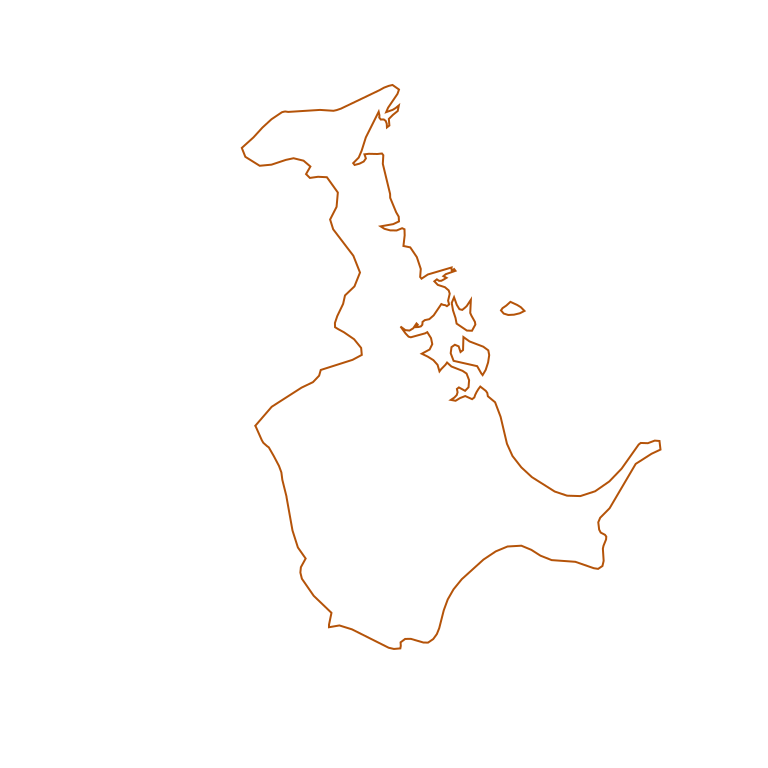 an SVG outline of Chiriquí, rotated 232°
{"feature_id": "PAN-1332", "entity_name": "Chiriquí", "entity_type": "Province", "adm_level": 1, "iso_a3": "PAN", "parent_name": "Panama", "parent_adm1": "", "projection": "natural_earth1", "projection_center": [-82.256, 8.459], "detail": "fine", "context": "isolated", "style": "outline", "palette": "amber", "viewbox_px": 768, "rotation_deg": 232, "n_neighbors": 0, "source": "natural_earth", "source_scale": "10m", "svg_char_len": 3961}
<svg xmlns="http://www.w3.org/2000/svg" viewBox="0 0 768 768"><g transform="rotate(232 384 384)"><path d="M129.1,465.3L126.9,465.2L124.8,463.3L121.4,457.4L119.5,455.1L109.4,448.2L106.1,444.1L106.5,438.9L109.7,435.9L126.1,425.3L142.0,407.7L152.4,401.6L162.6,398.0L172.0,392.7L179.9,381.3L183.3,369.0L184.4,354.3L182.3,325.1L179.4,312.4L175.0,301.6L168.9,291.8L157.6,277.2L154.4,271.7L152.7,265.8L153.1,259.5L156.0,255.9L166.7,248.2L170.1,243.7L170.2,238.0L167.3,236.0L165.6,234.1L169.1,228.7L173.3,225.3L210.4,207.7L221.2,200.2L226.2,190.9L228.2,192.5L236.0,201.7L260.4,198.2L281.1,199.4L286.9,202.0L290.8,205.7L294.7,214.8L308.2,215.5L324.9,221.7L354.8,237.5L355.4,237.9L371.1,244.9L377.5,248.7L384.1,250.8L395.2,252.8L405.0,254.2L407.0,253.6L412.0,252.7L414.9,253.1L429.7,256.8L430.3,256.8L435.2,281.5L431.9,316.8L429.2,329.2L430.5,338.0L434.0,342.8L422.4,374.1L420.6,384.4L426.5,388.2L437.7,388.0L449.4,384.3L455.4,381.7L458.9,380.4L462.3,382.9L466.3,389.0L472.3,401.1L477.8,407.8L479.1,420.8L486.6,433.7L503.9,438.8L537.2,439.2L546.8,442.8L552.8,455.7L563.3,465.5L582.1,466.3L587.9,459.6L592.0,452.5L597.4,451.8L600.7,459.9L609.5,458.1L617.6,451.7L621.0,444.7L626.1,430.4L632.5,420.4L648.4,414.6L657.6,417.3L658.7,433.0L660.9,446.0L661.9,458.3L661.0,470.9L660.1,473.0L659.5,474.0L657.4,476.0L639.4,502.3L630.4,512.4L629.0,515.3L627.5,519.6L618.3,561.4L617.5,566.5L616.0,571.3L614.4,574.8L607.2,577.0L606.8,577.1L604.3,573.2L599.2,557.3L596.9,553.1L594.7,559.6L594.3,563.0L594.4,567.2L590.7,562.9L590.6,556.8L589.9,551.0L584.4,547.4L584.4,544.3L587.4,546.4L590.3,547.3L592.6,546.7L594.4,544.3L596.9,544.3L598.1,545.5L598.9,546.0L601.8,547.4L589.5,521.5L581.6,510.0L578.0,503.5L577.0,495.7L574.7,495.7L572.7,500.4L571.8,505.0L572.9,508.6L577.0,510.0L574.8,513.7L569.3,520.4L566.9,524.3L564.7,524.3L558.2,518.6L530.0,505.8L526.9,503.5L511.8,499.3L506.8,498.6L502.9,495.9L504.3,489.7L510.3,478.4L506.0,479.9L501.2,483.5L497.2,488.5L495.6,494.2L493.3,495.4L488.4,491.8L480.8,484.3L475.5,488.8L463.8,488.0L452.0,483.8L446.1,478.4L443.9,478.4L443.3,486.0L434.2,509.0L433.5,508.3L431.9,507.3L431.4,507.2L431.4,510.0L429.2,510.0L432.5,500.3L432.4,497.2L429.2,498.6L429.6,495.2L430.1,492.6L431.4,490.9L433.9,490.1L433.9,486.9L429.0,487.4L422.8,491.6L417.9,492.6L414.7,491.4L410.2,485.8L406.6,484.3L406.6,481.5L408.4,480.8L410.0,479.3L411.7,478.4L407.5,465.4L407.2,459.6L409.2,455.5L409.2,452.6L407.1,450.7L406.7,448.6L407.6,446.4L409.2,444.1L409.7,445.2L409.6,446.3L409.9,447.1L411.7,446.9L409.9,441.3L410.4,437.0L413.3,434.0L419.1,432.4L410.7,432.1L406.2,432.5L404.3,433.9L398.6,447.6L398.2,450.0L391.2,449.3L385.7,446.6L383.1,441.2L384.6,432.4L378.7,435.3L372.4,437.6L366.1,438.0L359.8,435.5L360.5,438.2L361.3,444.2L362.1,446.9L356.3,447.9L346.0,454.0L341.4,455.5L334.6,453.4L329.4,448.6L328.7,443.7L335.2,440.9L335.2,438.4L332.2,436.9L330.5,434.5L330.0,431.1L330.3,426.9L326.7,430.1L326.1,435.3L324.5,440.6L317.8,444.1L317.8,446.9L319.3,449.2L320.7,452.1L321.9,455.3L322.7,458.3L315.9,460.0L313.4,459.9L310.4,458.3L301.2,460.3L286.4,455.7L261.2,444.1L248.1,440.9L233.8,440.9L219.6,443.2L194.2,452.3L183.3,459.5L174.8,469.7L169.5,484.3L168.5,501.6L171.0,519.1L179.5,547.4L179.5,550.0L174.9,555.5L172.7,562.5L169.5,566.0L162.1,561.5L164.3,551.9L166.1,533.2L147.2,485.3L145.5,472.0L143.1,467.7L136.8,463.9L133.5,463.3L129.1,465.3ZM362.1,467.2L372.1,475.5L364.9,477.6L352.3,485.2L346.3,486.9L342.0,484.7L336.9,479.3L332.5,472.8L330.3,467.2L332.5,467.2L340.7,468.4L359.4,453.1L367.2,455.5L371.5,459.9L371.3,464.0L367.7,466.0L362.1,464.0L362.1,467.2ZM409.2,492.6L401.6,490.1L396.5,489.5L394.2,491.3L394.3,495.1L394.5,497.2L396.9,504.3L386.9,495.7L384.2,495.0L377.0,493.9L374.6,492.6L371.8,486.1L375.1,482.2L386.9,478.4L392.0,481.0L399.5,483.7L406.2,487.3L409.2,492.6ZM355.1,539.7L356.1,534.6L358.6,529.1L361.9,524.4L365.8,521.7L370.0,521.5L370.8,524.1L370.5,528.7L370.9,534.2L364.3,537.6L360.3,539.1L355.1,539.7Z" fill="none" stroke="#b45309" stroke-width="2"/></g></svg>